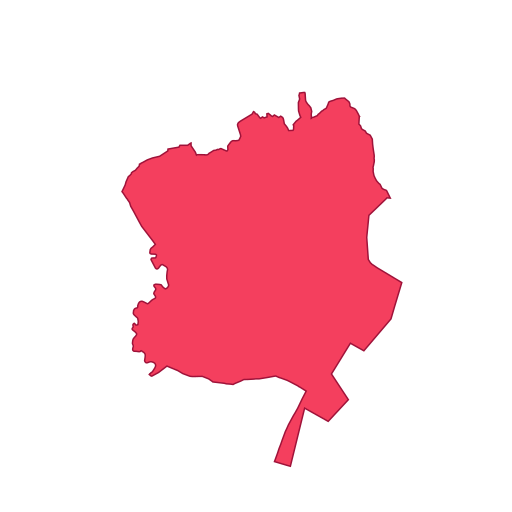 Rites pag., Viesites, Latvia (Albers equal-area conic projection), rotated 294°
{"feature_id": "27541924B10670366304681", "entity_name": "Rites pag.", "entity_type": "district", "adm_level": 2, "iso_a3": "LVA", "parent_name": "Latvia", "parent_adm1": "Viesites", "projection": "albers", "projection_center": [25.488, 56.197], "detail": "fine", "context": "isolated", "style": "filled", "palette": "rose", "viewbox_px": 512, "rotation_deg": 294, "n_neighbors": 0, "source": "geoboundaries", "source_scale": "gbopen_adm2", "svg_char_len": 6161}
<svg xmlns="http://www.w3.org/2000/svg" viewBox="0 0 512 512"><g transform="rotate(294 256 256)"><path d="M363.5,355.1L368.7,348.9L369.0,348.1L368.8,345.8L369.0,344.0L369.3,343.3L371.6,340.6L372.0,340.0L372.1,339.6L372.2,338.9L373.3,336.4L373.6,335.8L374.0,335.2L375.6,333.1L377.5,331.0L380.9,328.6L383.4,327.6L384.7,326.8L386.1,326.6L390.1,325.7L391.2,325.3L392.1,324.9L392.8,324.4L393.1,324.2L395.1,323.5L396.4,322.8L402.0,319.2L405.7,317.0L410.1,314.7L412.8,311.2L413.0,308.1L413.1,307.0L414.6,305.0L414.9,301.6L415.3,300.5L417.4,298.6L418.4,296.3L425.0,293.8L425.5,293.7L425.6,293.8L426.1,293.0L427.2,291.8L429.8,288.4L430.5,286.8L430.7,286.2L430.7,284.7L430.6,282.7L430.6,282.0L430.7,281.6L431.0,281.2L431.2,280.9L431.6,280.6L432.9,280.0L433.4,279.6L434.6,278.3L434.8,277.9L435.7,274.4L436.3,272.7L435.0,270.0L433.2,267.1L432.6,266.2L432.1,265.6L429.7,263.4L428.9,262.5L428.6,262.1L428.0,261.5L428.0,261.4L426.9,260.3L426.5,260.0L425.8,259.9L423.8,260.1L420.0,260.1L419.4,260.0L417.4,258.5L415.8,257.8L415.1,257.1L411.9,255.9L411.3,255.5L410.8,255.2L409.2,254.9L408.9,254.7L407.8,253.6L406.3,252.3L405.4,251.0L405.0,250.7L404.3,250.6L404.2,250.5L405.2,250.2L408.2,248.7L410.7,248.1L413.7,245.8L415.0,243.4L415.6,241.8L416.6,240.1L417.6,238.6L418.7,237.8L420.0,237.1L424.2,234.9L425.2,234.1L425.0,233.4L422.6,229.5L421.5,229.8L420.2,229.9L417.2,232.0L415.9,232.2L414.8,232.2L413.4,232.3L408.0,234.8L405.8,235.9L402.3,238.9L400.9,240.5L396.6,238.5L395.4,237.8L391.0,236.6L390.3,237.5L386.9,238.8L385.8,238.7L383.9,234.9L384.4,234.2L385.5,233.1L386.8,231.1L388.3,228.1L391.9,225.6L392.7,224.9L393.4,224.0L393.8,221.7L391.8,220.5L392.3,215.4L390.2,214.4L390.2,213.0L390.6,212.0L391.3,209.2L390.3,208.1L387.6,209.5L385.5,207.3L385.7,205.3L384.5,204.7L383.6,204.0L384.2,202.6L386.0,199.4L385.8,198.2L385.8,197.5L386.7,196.4L386.9,195.4L386.9,195.0L384.0,194.7L373.0,187.0L370.7,185.7L369.4,185.6L368.4,185.7L367.2,186.5L360.5,192.5L359.1,193.4L357.1,193.4L355.0,193.3L354.3,192.7L352.9,190.4L352.5,189.2L352.0,188.1L351.6,187.6L350.8,187.0L349.1,186.3L348.9,186.4L348.5,186.4L347.5,186.0L345.0,185.5L344.6,185.6L341.7,187.1L340.1,186.8L339.9,186.3L339.9,181.8L339.9,180.5L339.9,180.3L339.5,179.7L338.3,178.7L337.8,178.1L337.7,177.4L336.4,176.4L335.2,174.4L333.5,173.3L330.9,171.5L330.7,171.3L329.7,171.1L329.1,170.7L328.5,170.1L328.3,169.8L327.7,168.5L327.5,168.0L327.6,167.9L325.4,162.7L324.4,160.7L324.0,160.5L324.6,159.9L325.5,159.1L326.3,158.2L329.8,152.6L330.2,152.0L330.8,151.6L332.8,150.7L332.4,150.3L329.3,148.5L326.2,141.5L324.1,141.3L317.9,132.1L316.1,132.7L307.9,127.4L303.5,121.6L299.6,117.6L295.2,114.3L294.0,113.2L293.3,113.1L292.6,112.2L291.4,112.5L290.4,112.7L287.9,111.7L285.3,111.0L283.1,109.3L281.6,108.5L281.3,108.4L280.4,108.7L278.3,108.0L276.6,107.1L276.0,107.1L275.2,107.1L271.0,107.1L269.0,107.4L267.6,107.6L263.5,107.5L260.3,107.4L259.7,108.6L256.0,114.4L255.6,115.4L255.2,115.8L253.4,118.8L250.5,121.3L247.1,125.9L240.1,134.9L236.6,139.5L228.0,155.3L225.7,159.3L224.6,158.9L222.3,158.0L220.4,157.0L218.8,156.8L216.0,157.6L215.5,157.9L215.2,158.4L215.2,159.2L215.2,159.5L216.7,163.3L216.7,163.9L216.6,164.3L216.4,164.7L215.8,164.9L214.2,165.1L213.7,165.1L213.3,164.8L213.1,164.4L211.9,161.9L211.5,161.5L210.3,161.4L209.8,161.8L204.1,169.0L203.8,169.9L203.8,170.5L203.9,170.9L204.7,171.6L205.7,172.0L206.5,172.1L208.8,172.7L209.4,173.1L210.0,173.7L210.1,174.3L209.8,176.8L209.6,178.5L209.0,179.6L208.1,180.5L207.4,180.8L205.6,181.2L201.6,182.5L200.1,183.2L198.8,183.8L194.0,188.0L192.7,188.3L190.9,187.9L189.3,186.9L189.1,186.2L189.4,184.8L189.9,183.2L190.9,181.5L191.1,181.0L190.7,179.2L189.5,175.9L188.4,174.7L188.1,174.6L187.3,174.8L186.8,175.3L185.7,177.4L184.9,177.9L184.2,178.1L181.9,177.7L180.4,177.8L179.8,178.2L179.1,179.3L178.3,180.5L177.6,181.0L176.9,181.2L176.3,181.0L174.1,179.3L173.1,178.7L169.0,177.0L168.4,176.5L168.2,176.1L168.4,172.7L168.4,171.9L168.4,170.7L168.1,169.8L167.6,169.1L166.6,168.3L165.2,168.0L164.1,168.0L162.3,168.2L161.7,168.6L160.9,168.7L160.4,168.6L159.1,167.1L158.5,166.7L158.0,166.5L157.2,166.4L156.2,166.4L155.4,166.7L154.3,167.0L153.6,167.3L152.9,168.1L152.5,169.0L151.6,171.6L151.4,172.5L150.9,173.3L149.6,174.2L148.7,174.8L147.8,175.3L147.3,175.4L145.3,176.0L145.0,175.6L144.6,175.4L144.1,174.6L144.1,174.2L144.8,172.9L145.0,172.2L144.7,171.9L144.3,171.7L143.5,171.5L143.0,171.6L142.1,172.1L141.6,172.5L141.0,172.7L139.6,172.4L138.9,172.5L138.5,173.0L138.2,173.7L137.6,176.1L137.3,177.0L136.5,178.5L135.9,178.8L135.4,178.9L133.6,178.6L132.7,178.2L130.9,177.7L130.0,177.6L128.6,177.8L126.0,178.6L125.6,178.9L124.3,180.2L123.7,180.6L123.0,180.8L122.0,180.9L121.4,181.0L120.3,181.4L119.9,181.7L119.6,182.2L119.4,182.9L119.4,183.4L120.2,185.3L120.5,186.4L120.8,187.5L121.3,188.7L121.6,189.0L121.9,189.2L122.6,189.4L122.8,189.7L122.7,190.6L122.4,191.1L122.5,191.8L122.2,193.0L121.7,193.9L121.3,194.5L120.5,195.1L118.7,195.8L115.1,196.8L114.7,197.1L114.1,197.9L113.9,198.3L113.8,198.7L113.8,199.1L113.9,199.4L114.2,200.0L114.7,200.6L116.1,202.0L116.7,203.0L116.9,203.7L117.1,205.3L116.9,207.0L116.6,207.5L115.9,208.4L115.0,208.9L114.3,209.1L112.5,209.1L108.4,208.5L107.2,208.0L106.6,207.5L106.0,207.4L105.3,206.9L104.3,206.7L104.2,207.2L103.7,209.0L103.9,209.7L110.0,214.4L119.2,219.4L119.5,231.3L118.8,236.9L119.2,243.5L119.3,244.7L120.0,246.9L121.1,249.3L122.5,252.2L124.2,255.9L124.5,262.7L123.5,267.7L123.4,267.8L126.8,278.7L127.2,281.1L127.5,281.8L128.6,284.8L129.3,287.3L131.0,288.6L135.4,292.8L138.2,295.1L139.8,298.5L142.8,304.3L143.7,305.8L145.1,308.9L149.7,315.9L153.6,321.6L154.4,322.9L154.4,326.7L154.6,328.0L155.1,334.9L155.0,337.6L154.4,347.1L154.1,348.1L154.1,349.1L153.0,356.8L144.6,356.3L133.8,356.0L128.5,355.5L125.4,355.1L115.1,354.3L110.3,354.3L107.8,354.2L98.5,354.8L93.9,355.2L89.3,355.4L84.6,355.9L75.7,356.5L76.6,363.4L76.7,364.4L76.9,365.6L77.3,368.9L77.9,372.9L136.8,362.3L134.3,389.2L162.3,398.8L178.9,372.9L214.7,377.7L213.3,393.1L253.4,404.9L266.6,403.1L291.0,400.0L294.5,371.5L295.4,366.7L295.5,365.4L296.0,364.5L296.1,364.0L296.1,363.6L298.5,360.0L318.0,349.6L339.1,342.6L360.7,351.4L362.4,352.0L363.5,355.1Z" fill="#f43f5e" stroke="#9f1239" stroke-width="1.5"/></g></svg>